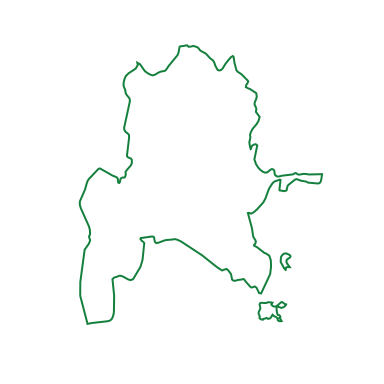 SVG path tracing the border of Benshangul-Gumaz, rotated 348°
{"feature_id": "ETH-3132", "entity_name": "Benshangul-Gumaz", "entity_type": "Administrative State", "adm_level": 1, "iso_a3": "ETH", "parent_name": "Ethiopia", "parent_adm1": "", "projection": "orthographic", "projection_center": [35.827, 10.412], "detail": "fine", "context": "isolated", "style": "outline", "palette": "green", "viewbox_px": 384, "rotation_deg": 348, "n_neighbors": 0, "source": "natural_earth", "source_scale": "10m", "svg_char_len": 4986}
<svg xmlns="http://www.w3.org/2000/svg" viewBox="0 0 384 384"><g transform="rotate(348 192 192)"><path d="M128.3,163.8L129.3,163.6L130.4,162.2L131.0,160.6L131.0,159.5L131.3,158.4L132.9,156.9L137.7,153.3L139.2,151.2L139.8,148.1L139.4,146.8L136.8,144.9L135.9,143.7L136.0,142.7L141.8,125.7L142.2,122.9L141.1,121.1L139.5,119.4L138.7,116.9L139.0,115.0L150.0,90.6L150.4,88.8L150.2,87.2L148.3,83.5L147.7,81.7L147.9,78.1L147.2,74.7L147.3,72.9L147.9,70.8L148.9,68.6L150.1,66.5L151.4,64.8L154.8,62.6L156.7,61.9L162.6,59.6L165.2,56.7L165.4,55.8L165.4,54.2L167.7,56.2L171.1,64.1L173.5,66.7L175.7,68.6L177.7,69.7L179.6,69.7L184.5,68.1L187.0,67.7L189.4,67.9L191.2,67.7L193.0,66.2L195.2,64.0L206.2,55.2L207.6,53.3L210.0,47.5L210.6,47.1L214.2,47.4L216.8,47.4L217.7,47.5L218.0,48.0L218.8,49.2L221.0,49.5L223.5,49.5L224.9,49.9L225.3,50.3L227.4,51.6L228.2,52.6L229.3,55.0L230.4,56.2L234.1,59.3L234.5,59.8L237.5,64.9L239.7,67.4L240.6,69.5L241.2,74.0L242.5,78.0L244.3,78.9L246.0,78.6L247.6,77.6L251.3,73.7L254.8,70.7L258.2,68.2L260.2,67.5L260.8,68.5L260.4,74.4L260.8,82.3L261.8,84.0L264.8,87.0L269.8,94.8L270.0,95.5L269.0,97.0L267.2,98.7L266.5,100.6L268.6,102.4L270.1,103.3L275.4,108.7L275.2,112.2L273.8,114.9L272.2,117.0L271.4,119.0L271.6,120.6L272.1,122.5L272.2,124.3L271.5,125.9L271.2,127.0L273.8,132.6L271.7,136.5L269.2,139.1L264.7,142.6L263.3,144.1L261.9,145.9L260.8,147.8L260.5,149.2L260.6,150.4L258.4,155.4L258.2,158.1L258.2,160.6L258.4,162.2L258.6,162.1L259.4,160.3L260.7,159.1L262.3,158.5L264.3,158.5L265.5,160.0L259.8,173.1L260.4,178.0L261.8,181.8L263.5,184.7L265.5,186.9L267.6,188.3L269.7,188.4L274.0,186.3L275.0,186.2L275.9,186.6L276.9,187.9L276.9,189.4L276.6,191.0L276.8,192.5L278.0,194.2L279.7,194.9L283.7,194.8L293.8,195.7L294.6,195.7L296.7,195.0L297.5,195.1L298.0,195.5L298.5,196.1L299.0,196.6L299.8,197.1L300.8,197.3L304.9,197.5L306.6,197.9L310.2,199.2L322.9,201.6L321.8,204.7L321.1,206.5L320.3,208.1L319.4,209.3L318.3,209.9L316.7,209.8L307.6,207.0L305.7,205.5L300.9,203.6L297.1,201.2L295.6,201.2L287.8,205.1L286.7,206.0L284.8,210.1L282.9,210.4L281.4,210.0L279.9,209.3L278.3,208.8L277.9,208.3L278.2,207.3L281.1,198.6L280.6,198.2L275.2,198.8L273.4,199.6L271.8,200.9L268.5,204.3L267.2,206.0L262.5,213.6L259.7,216.9L251.9,222.6L248.4,224.5L246.6,225.2L244.9,225.3L243.4,224.2L242.3,224.2L243.1,239.9L242.6,248.3L243.1,250.1L244.0,252.3L244.1,254.0L243.3,255.5L241.6,256.8L241.5,257.3L244.3,259.7L250.2,266.7L251.7,267.6L254.3,270.3L254.9,275.1L253.8,281.5L251.3,288.7L238.5,305.6L236.6,304.8L235.3,299.2L233.9,297.5L231.1,297.8L230.1,297.7L229.2,296.6L226.0,291.0L225.3,289.3L224.7,288.1L223.8,287.8L222.1,287.9L218.6,287.6L216.1,287.8L215.0,287.7L213.9,287.1L213.0,286.0L213.1,281.1L212.9,279.9L211.1,276.1L209.9,274.5L208.7,274.5L205.1,275.0L200.7,270.6L188.7,256.0L171.1,238.2L167.8,235.7L165.9,234.7L164.2,234.4L162.5,234.4L158.4,233.8L155.5,233.6L148.7,234.6L146.4,234.5L145.4,233.1L145.3,230.9L145.5,228.7L145.0,227.7L143.5,227.2L132.3,226.4L131.8,227.2L132.7,229.3L133.9,230.6L134.7,232.0L129.5,248.1L126.1,254.4L116.2,265.1L113.4,265.4L111.2,264.1L107.2,260.6L105.1,259.2L103.5,258.8L100.2,259.4L98.3,259.4L96.1,260.7L94.3,277.2L90.8,292.6L90.1,294.7L89.3,296.3L88.4,297.9L87.1,299.5L85.4,300.6L83.0,300.9L66.5,299.3L62.4,299.3L61.4,277.0L61.1,270.2L64.0,256.9L75.0,226.1L80.2,221.3L82.2,218.4L82.3,217.4L82.0,215.2L82.0,214.2L82.3,213.7L83.1,212.8L83.4,212.3L84.2,208.5L84.1,204.5L79.9,184.9L79.6,181.2L80.3,178.0L87.9,167.3L91.3,160.8L92.7,158.9L94.2,157.6L104.8,150.3L106.3,149.7L107.3,150.2L117.9,159.6L120.5,161.3L121.6,162.3L122.2,163.6L121.8,166.3L121.9,167.6L122.8,168.0L123.5,167.3L124.7,164.5L125.8,163.6L127.3,163.4L128.3,163.8ZM236.8,314.8L240.5,315.8L242.0,316.0L243.0,315.6L244.2,315.8L245.4,316.2L246.8,316.5L247.1,316.7L247.3,316.9L247.6,317.0L246.8,318.0L246.3,318.4L246.3,318.8L247.0,319.9L248.0,320.9L249.1,321.3L250.3,321.4L251.3,321.0L250.7,322.6L250.2,325.3L250.1,328.0L250.3,330.0L251.6,330.5L252.4,331.7L252.4,332.9L251.2,333.4L252.2,335.0L252.6,335.9L252.8,336.9L251.2,336.7L250.4,336.4L249.8,336.0L249.2,335.1L249.2,334.4L249.4,333.7L249.2,333.0L248.3,331.9L246.1,330.1L245.3,328.8L243.1,331.1L241.9,331.9L240.0,331.9L239.7,331.7L239.1,330.9L238.7,330.7L238.3,330.7L237.4,330.9L237.0,331.0L235.3,331.0L234.8,331.1L234.6,331.6L233.6,331.2L232.8,330.7L232.2,330.0L231.8,329.1L232.1,328.8L232.2,328.6L232.3,328.4L232.4,327.3L231.9,325.1L232.0,324.0L232.5,322.9L234.0,321.2L234.6,320.3L234.7,318.9L234.7,317.3L234.8,315.8L235.5,314.9L236.8,314.8ZM270.0,271.4L271.5,271.7L274.4,273.9L274.9,274.6L274.9,275.7L274.2,276.4L270.7,277.9L269.8,279.7L270.1,281.6L272.0,285.8L269.1,285.2L268.0,285.7L267.6,287.6L267.4,287.7L266.3,286.0L264.2,278.9L265.1,275.5L265.6,274.1L266.7,272.9L268.4,271.7L270.0,271.4ZM256.7,318.2L257.7,318.8L259.4,320.8L260.7,321.5L260.1,322.3L259.2,322.9L258.2,323.4L257.2,323.7L255.6,324.0L254.8,323.7L254.1,323.1L252.8,322.4L252.2,321.8L252.1,321.3L252.3,320.8L252.8,320.3L256.7,318.2Z" fill="none" stroke="#15803d" stroke-width="2"/></g></svg>